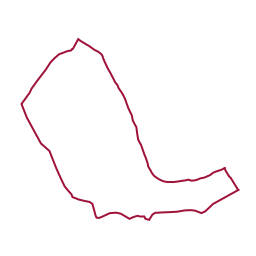 the district of Armant, Qina, Egypt, rotated 264°
{"feature_id": "37247803B28192113145833", "entity_name": "Armant", "entity_type": "district", "adm_level": 2, "iso_a3": "EGY", "parent_name": "Egypt", "parent_adm1": "Qina", "projection": "orthographic", "projection_center": [32.504, 25.612], "detail": "fine", "context": "isolated", "style": "outline", "palette": "rose", "viewbox_px": 256, "rotation_deg": 264, "n_neighbors": 0, "source": "geoboundaries", "source_scale": "gbopen_adm2", "svg_char_len": 2036}
<svg xmlns="http://www.w3.org/2000/svg" viewBox="0 0 256 256"><g transform="rotate(264 128 128)"><path d="M221.6,87.8L212.8,81.7L212.3,81.2L212.3,80.6L211.1,79.5L210.9,77.7L210.8,75.9L208.5,67.1L205.3,62.5L201.5,57.9L194.6,52.3L184.6,42.8L177.1,36.1L173.4,33.9L163.0,24.6L160.0,25.4L148.9,28.5L142.9,31.0L121.7,39.8L118.9,42.4L113.3,47.5L96.4,52.2L89.4,54.4L83.0,56.6L76.6,58.9L75.2,59.8L69.7,63.5L68.0,64.8L65.1,65.6L61.9,71.8L60.4,76.1L58.4,82.2L56.2,84.7L55.5,84.8L54.7,84.9L48.9,85.9L43.8,86.7L42.1,87.4L41.6,89.8L42.4,92.8L45.2,101.0L45.0,107.6L43.5,111.9L37.5,120.0L38.9,124.2L39.7,128.3L38.7,130.8L38.3,135.0L36.0,135.7L34.4,139.4L39.4,143.3L40.8,146.2L40.5,152.0L39.9,162.4L39.6,167.8L39.8,171.4L40.1,175.3L39.8,181.6L38.8,186.1L35.7,192.1L37.1,196.2L38.2,197.6L43.6,204.7L54.9,231.4L55.8,230.6L67.7,224.9L69.3,223.5L75.8,220.4L78.1,220.1L78.0,219.6L77.2,217.9L76.5,215.9L76.2,214.3L75.9,212.8L75.4,210.5L74.5,207.7L72.7,205.0L71.7,201.9L70.7,198.9L70.6,197.1L70.3,194.5L69.5,192.1L69.1,189.9L68.9,188.9L69.0,186.1L69.1,185.1L69.6,184.1L70.3,182.8L69.9,179.5L69.8,175.9L69.6,172.9L69.6,172.5L69.5,167.6L69.9,163.9L70.1,161.9L70.9,158.8L71.4,157.7L71.6,157.2L72.2,156.0L73.7,153.6L75.2,151.7L77.4,149.2L79.0,148.1L81.3,146.8L83.3,146.1L85.8,144.9L87.6,144.1L90.4,143.9L94.2,143.1L96.8,142.5L98.9,141.8L100.1,141.5L101.4,141.2L109.9,139.2L110.0,139.1L112.3,138.1L115.5,136.9L120.5,136.6L123.9,136.5L128.0,136.4L131.2,135.0L135.2,133.5L140.4,133.1L142.7,132.2L143.4,131.9L145.2,131.3L148.0,130.3L150.3,129.8L152.5,129.2L153.3,129.0L155.4,128.6L156.5,128.3L157.2,128.1L158.6,127.6L159.7,127.2L161.6,126.5L163.1,125.8L164.7,125.0L165.8,124.4L166.6,123.9L167.5,123.5L168.3,123.0L169.5,122.6L170.9,122.2L172.1,121.8L174.3,120.3L174.9,120.0L176.5,119.4L179.1,118.4L180.1,118.0L182.3,117.1L185.0,116.1L187.6,114.9L188.5,114.5L190.0,113.9L193.1,112.8L197.0,111.5L200.4,110.5L202.2,110.2L204.2,109.2L207.0,106.3L208.8,103.4L210.6,101.2L213.6,97.9L216.9,93.4L219.6,89.9L221.6,87.8Z" fill="none" stroke="#9f1239" stroke-width="2"/></g></svg>